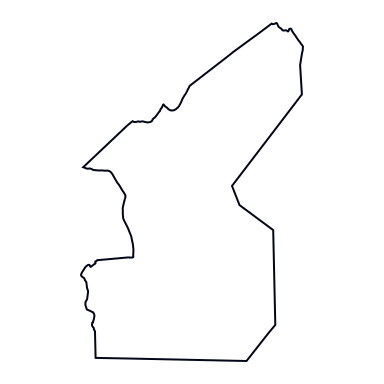 Taulabe, Comayagua, Honduras (Robinson projection)
{"feature_id": "27666195B46005131059519", "entity_name": "Taulabe", "entity_type": "district", "adm_level": 2, "iso_a3": "HND", "parent_name": "Honduras", "parent_adm1": "Comayagua", "projection": "robinson", "projection_center": [-87.98, 14.75], "detail": "fine", "context": "isolated", "style": "outline", "palette": "ink", "viewbox_px": 384, "rotation_deg": 0, "n_neighbors": 0, "source": "geoboundaries", "source_scale": "gbopen_adm2", "svg_char_len": 5438}
<svg xmlns="http://www.w3.org/2000/svg" viewBox="0 0 384 384"><path d="M132.6,121.2L127.4,125.4L83.2,167.2L85.6,168.1L87.0,168.7L88.2,168.7L89.2,168.5L90.4,168.6L91.4,168.9L92.7,169.7L93.5,170.0L94.4,170.1L94.6,170.1L96.7,170.3L99.1,170.5L102.5,170.4L104.2,170.7L105.9,170.7L107.0,170.6L108.1,170.7L109.4,171.1L110.9,172.2L112.2,173.8L113.5,176.1L114.3,177.6L115.4,179.5L116.7,181.7L117.7,183.3L119.0,184.8L121.2,188.5L122.2,190.2L123.6,192.2L124.7,194.0L125.4,195.4L125.4,197.1L125.0,198.6L124.0,202.2L123.6,204.1L123.3,205.3L122.7,208.1L122.8,210.8L122.8,213.7L123.0,216.4L123.2,218.4L123.9,220.1L127.6,227.4L128.0,228.2L128.2,228.8L128.8,230.3L130.3,234.0L131.1,236.0L131.2,236.4L131.3,236.9L131.6,238.2L132.1,240.7L132.8,243.9L133.0,245.2L133.1,246.1L133.2,247.3L133.3,247.9L133.4,249.5L133.4,251.0L133.4,251.9L133.2,254.5L133.2,255.2L133.3,256.5L133.3,256.8L133.2,257.1L133.0,257.3L132.7,257.4L132.3,257.5L131.5,257.5L130.4,257.5L129.7,257.6L128.6,257.4L128.3,257.4L127.8,257.4L127.4,257.5L97.2,260.2L97.1,260.4L96.9,260.6L96.8,260.8L96.6,260.9L96.4,261.0L96.1,261.2L95.7,261.3L95.4,261.4L95.3,261.6L95.2,261.8L95.2,262.0L95.3,262.5L95.5,263.0L95.5,263.3L95.3,263.6L94.7,263.9L94.1,264.3L93.2,265.0L92.1,265.8L91.3,266.5L91.1,266.6L90.8,266.7L90.7,266.8L90.5,266.7L90.4,266.7L90.1,266.3L90.0,266.0L89.9,265.7L89.7,265.3L89.6,265.1L89.3,264.9L89.1,264.9L88.9,264.9L88.3,264.9L88.1,264.9L87.9,265.0L86.2,266.3L85.9,266.5L85.2,267.4L84.2,268.9L83.4,270.2L82.1,272.2L81.8,272.7L81.6,273.3L81.4,273.7L81.2,274.2L81.1,274.5L81.1,274.9L81.1,275.1L81.1,275.3L81.2,275.5L81.3,275.8L81.5,276.1L81.8,276.3L82.1,276.7L82.5,277.0L83.1,277.5L83.9,277.9L84.0,278.1L84.4,278.6L84.5,278.8L84.6,279.1L84.7,279.5L84.8,279.7L84.8,279.8L85.0,280.1L85.6,281.1L86.1,281.9L86.3,282.3L86.4,282.5L86.8,286.2L87.1,288.0L87.2,288.5L87.3,289.0L87.5,289.5L87.8,290.0L87.9,290.3L87.9,290.7L88.0,291.0L88.0,291.3L88.1,291.8L88.1,292.2L88.0,292.5L87.1,299.2L87.1,299.3L87.0,299.5L86.7,299.9L86.5,300.2L86.3,300.4L86.0,301.1L85.8,301.5L85.6,301.9L85.5,302.3L85.4,302.6L85.4,303.3L85.4,303.6L85.4,304.1L85.4,304.5L85.5,305.2L85.5,305.5L85.6,305.8L86.1,307.1L86.3,307.9L86.5,308.6L86.8,309.1L86.9,309.4L87.0,309.5L87.4,309.8L88.1,310.0L88.8,310.3L89.5,310.6L90.7,311.2L91.8,311.8L92.6,312.1L92.8,312.3L93.0,312.3L93.2,312.5L93.4,312.8L93.6,313.1L93.8,313.5L94.0,313.9L94.1,314.4L94.3,314.9L94.3,315.3L94.4,315.6L94.4,316.2L94.3,316.7L94.2,317.2L94.0,318.3L93.8,319.3L93.7,319.8L93.3,320.7L93.2,321.1L93.2,321.4L93.2,321.9L93.2,322.1L93.1,322.4L93.0,322.5L92.8,322.5L92.7,322.5L92.4,322.6L92.3,322.8L92.1,323.1L92.1,323.4L92.0,323.9L92.0,324.5L92.0,325.0L92.0,325.3L92.1,325.5L92.2,325.8L92.4,326.3L92.7,326.7L92.8,326.9L93.2,327.3L93.4,327.5L93.6,327.9L93.8,328.2L93.9,328.5L93.9,328.9L93.9,329.1L93.9,329.4L94.0,329.6L94.2,330.0L94.5,330.3L94.7,330.7L94.9,331.2L95.0,331.5L95.0,332.0L95.6,357.9L127.6,358.5L246.5,361.0L268.7,332.8L275.3,324.9L273.2,230.1L239.5,205.1L232.0,185.9L301.9,94.4L300.1,65.1L302.1,52.7L302.3,52.1L302.4,51.5L302.6,50.9L302.7,50.2L302.8,49.6L302.8,48.4L302.9,47.5L302.9,47.1L302.9,46.8L302.9,46.6L302.9,46.4L302.8,46.2L302.6,45.8L302.2,45.3L301.0,43.7L299.5,41.6L298.2,40.0L296.9,38.0L295.8,36.4L295.5,35.9L293.5,33.2L291.8,30.5L291.7,30.2L291.5,29.6L291.4,29.2L291.2,29.0L291.0,28.8L290.9,28.7L290.7,28.7L290.2,28.7L289.8,28.8L289.5,28.9L289.4,28.9L289.3,29.0L289.2,29.1L289.0,29.7L288.8,30.2L288.6,30.8L288.5,31.1L288.4,31.2L288.3,31.3L288.2,31.3L287.9,31.4L287.7,31.3L287.6,31.2L287.2,30.9L286.9,30.7L286.2,30.4L285.7,30.3L285.3,30.3L284.6,30.4L284.1,30.5L283.4,30.5L282.9,30.4L282.6,30.3L282.5,30.2L282.3,30.0L281.8,29.4L281.5,29.0L281.3,28.7L281.2,28.6L280.4,28.1L279.5,27.5L279.2,27.3L278.9,27.0L278.4,26.4L277.9,25.6L277.8,25.3L277.6,24.8L277.4,24.3L277.1,23.6L276.9,23.3L276.8,23.2L276.7,23.1L276.4,23.0L276.1,23.1L275.4,23.4L274.3,23.9L273.8,24.0L273.3,24.1L272.8,24.2L272.5,24.1L272.4,24.1L272.2,24.0L272.0,23.9L271.9,23.8L271.7,23.6L259.3,32.9L232.8,52.3L227.2,56.8L189.7,85.8L189.4,86.5L189.2,86.9L188.4,88.5L187.8,89.5L187.5,90.2L186.8,91.6L186.2,92.9L186.0,93.3L185.7,93.7L185.3,94.3L185.0,94.7L184.4,95.6L183.6,96.9L183.0,97.9L182.4,99.1L182.0,99.9L181.8,100.5L181.5,101.3L181.3,101.8L180.9,102.6L180.6,103.1L180.2,103.9L179.6,105.0L179.1,106.0L178.9,106.3L178.7,106.6L178.5,106.8L178.2,107.1L177.8,107.5L176.7,108.5L176.0,109.1L175.8,109.2L174.8,109.8L174.2,110.2L173.6,110.3L172.8,110.4L172.3,110.5L171.8,110.5L171.1,110.4L170.7,110.4L170.4,110.3L170.1,110.1L169.7,109.9L168.6,109.3L168.4,109.1L167.8,108.5L167.0,107.7L166.9,107.6L166.6,107.5L166.4,107.4L166.2,107.2L165.9,106.9L165.5,106.6L165.0,106.3L164.7,106.0L164.4,105.5L164.1,105.1L163.5,104.5L163.3,104.6L163.1,104.8L163.0,105.0L162.0,107.2L161.7,107.8L161.3,108.2L161.1,108.5L160.7,109.0L160.4,109.5L160.3,109.8L160.2,110.1L160.2,110.5L160.0,110.9L159.6,111.4L159.1,111.8L159.0,112.0L157.1,114.6L155.0,117.4L154.9,117.5L154.4,117.8L153.8,118.2L153.4,118.5L153.2,118.8L152.8,119.2L152.5,119.9L152.3,120.1L152.0,120.8L151.9,121.0L151.7,121.2L151.2,121.5L150.4,121.9L150.2,122.0L148.8,122.3L147.9,122.4L147.5,122.4L147.1,122.4L146.7,122.3L145.6,122.1L144.4,121.8L144.2,121.8L143.7,121.6L142.8,121.4L142.0,121.4L141.8,121.4L141.6,121.4L141.2,121.6L140.9,121.7L140.5,121.7L140.1,121.8L139.9,121.8L138.5,121.4L138.4,121.4L137.7,121.6L136.5,121.8L135.2,122.0L134.6,122.1L134.4,122.0L134.0,121.9L133.3,121.6L132.6,121.2Z" fill="none" stroke="#020617" stroke-width="2"/></svg>